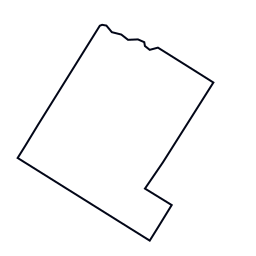 Lawrence, South Dakota, United States of America, rotated 32°
{"feature_id": "52423323B97132766145301", "entity_name": "Lawrence", "entity_type": "district", "adm_level": 2, "iso_a3": "USA", "parent_name": "United States of America", "parent_adm1": "South Dakota", "projection": "mercator", "projection_center": [-103.839, 44.373], "detail": "fine", "context": "isolated", "style": "outline", "palette": "ink", "viewbox_px": 256, "rotation_deg": 32, "n_neighbors": 0, "source": "geoboundaries", "source_scale": "gbopen_adm2", "svg_char_len": 435}
<svg xmlns="http://www.w3.org/2000/svg" viewBox="0 0 256 256"><g transform="rotate(32 128 128)"><path d="M50.3,197.7L50.3,211.9L170.6,212.0L206.1,212.0L206.1,196.6L205.9,170.2L174.5,170.4L175.8,138.5L176.3,44.2L157.9,44.1L110.8,44.0L105.0,50.2L98.9,49.5L96.3,46.6L89.5,47.6L81.3,53.2L72.8,52.3L63.5,55.3L55.4,52.6L51.4,54.2L49.9,56.2L49.9,66.3L49.9,75.6L50.0,172.6L50.3,197.7Z" fill="none" stroke="#020617" stroke-width="2"/></g></svg>